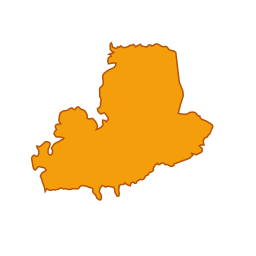 Correia Pinto, Santa Catarina, Brazil (Mercator projection), rotated 292°
{"feature_id": "56859067B60834920358023", "entity_name": "Correia Pinto", "entity_type": "district", "adm_level": 2, "iso_a3": "BRA", "parent_name": "Brazil", "parent_adm1": "Santa Catarina", "projection": "mercator", "projection_center": [-50.399, -27.603], "detail": "fine", "context": "isolated", "style": "filled", "palette": "amber", "viewbox_px": 256, "rotation_deg": 292, "n_neighbors": 0, "source": "geoboundaries", "source_scale": "gbopen_adm2", "svg_char_len": 4115}
<svg xmlns="http://www.w3.org/2000/svg" viewBox="0 0 256 256"><g transform="rotate(292 128 128)"><path d="M77.1,50.3L75.6,51.2L74.6,52.6L73.3,53.8L71.3,54.8L68.6,55.0L67.2,53.5L67.7,51.0L65.9,50.0L64.2,49.9L62.2,50.8L60.4,52.1L58.9,52.9L57.4,53.9L55.7,55.1L54.6,56.1L54.3,57.8L57.0,58.7L58.9,59.8L59.2,62.3L59.6,64.3L59.7,66.2L58.1,67.9L56.0,66.7L54.7,65.3L52.4,64.8L50.5,64.8L49.4,65.9L47.9,67.5L46.1,68.7L44.5,70.2L43.2,71.2L42.1,72.4L40.0,73.8L38.1,75.0L40.0,75.3L41.4,75.7L40.9,77.6L41.2,79.6L42.7,81.6L43.2,83.6L44.4,85.2L45.6,86.8L46.8,87.5L47.4,89.3L47.3,91.2L48.4,92.7L48.5,94.7L48.9,96.4L49.8,98.0L51.3,99.9L52.0,102.5L53.1,104.7L55.2,105.3L56.8,106.1L57.6,107.5L58.2,109.8L58.5,112.6L58.4,114.7L58.9,116.4L58.5,118.1L56.4,118.9L54.8,120.2L53.9,122.6L52.9,124.0L51.4,125.3L50.6,127.8L51.0,129.4L52.4,129.7L54.0,129.2L55.8,128.2L57.0,126.6L58.0,125.4L59.8,124.9L61.8,124.7L65.0,125.5L65.1,127.7L64.7,129.3L65.8,130.3L66.8,131.9L67.1,134.4L67.6,137.2L66.5,138.3L64.9,139.3L63.3,140.1L62.1,141.9L60.6,143.5L61.6,144.9L63.6,144.6L65.6,143.4L67.5,142.3L69.2,142.2L71.3,141.3L73.2,143.0L74.1,145.2L76.0,145.7L75.2,147.6L75.1,149.5L75.1,151.6L76.7,151.7L78.2,151.3L79.7,152.9L79.2,154.6L79.7,156.1L81.8,156.3L83.2,157.2L84.8,158.4L85.4,160.7L86.9,161.9L88.4,162.1L90.2,162.3L92.0,164.2L93.8,164.2L95.3,165.2L96.7,166.8L98.7,167.4L99.9,166.4L101.9,166.8L104.0,167.2L106.2,168.4L105.3,170.0L106.5,171.4L108.1,172.5L109.0,173.9L107.8,176.2L108.9,177.9L108.6,180.1L108.4,181.7L109.0,183.2L110.4,184.6L111.9,184.2L123.1,196.5L125.5,197.4L126.8,198.3L128.4,196.7L128.6,199.4L128.8,201.5L130.2,202.7L131.7,203.8L132.9,205.0L134.5,205.4L136.8,204.4L137.5,202.3L138.1,200.9L139.5,201.6L140.0,203.2L140.8,204.9L143.1,203.1L145.1,202.4L146.5,202.8L148.0,203.2L149.4,204.9L151.7,205.1L153.0,206.0L161.3,206.1L162.4,204.9L163.1,202.2L163.4,200.1L163.8,197.3L163.7,194.8L163.8,192.8L164.4,191.2L165.9,190.2L165.6,187.8L166.6,186.5L167.4,184.8L167.3,183.1L166.7,181.4L165.4,179.2L164.2,178.4L163.0,177.5L162.2,175.7L161.5,173.9L160.8,172.0L160.5,169.1L169.5,167.8L178.4,167.2L182.5,165.2L190.0,158.2L211.4,146.5L216.1,143.9L216.6,141.8L216.3,139.7L215.8,137.0L217.1,134.9L217.9,133.4L217.5,131.9L216.3,129.7L216.7,126.7L216.9,124.8L216.7,123.0L215.8,121.7L214.3,120.8L212.9,119.5L213.5,117.7L212.5,115.9L210.5,115.4L209.7,113.5L209.6,111.8L209.0,110.1L210.3,108.2L208.1,106.1L206.1,104.7L207.0,103.3L207.6,101.8L206.0,100.5L205.3,98.6L203.3,97.5L201.9,95.5L200.8,94.0L201.0,92.3L201.4,90.3L199.7,89.9L199.3,87.9L197.5,87.7L197.1,85.8L197.3,83.3L199.3,82.0L200.6,80.5L198.9,80.1L197.2,80.8L195.9,81.4L194.4,82.0L193.2,83.9L192.7,86.5L191.5,85.7L190.7,84.0L189.1,82.8L189.4,84.6L188.2,85.6L186.6,84.0L184.9,83.5L182.1,84.4L180.2,85.8L181.1,87.3L182.3,89.3L183.2,90.7L183.5,92.7L181.1,93.1L179.0,92.5L177.3,91.0L175.5,89.2L174.0,88.0L172.5,86.9L171.1,86.1L169.8,85.5L168.4,85.0L166.9,85.1L165.0,85.8L163.3,86.8L161.5,87.7L159.4,88.5L157.1,88.2L154.8,86.9L152.8,87.2L151.0,88.3L149.3,88.9L147.7,89.5L146.4,90.2L145.1,91.8L143.6,92.7L141.4,93.0L139.3,93.8L137.5,94.3L135.9,93.5L134.6,92.4L132.7,93.5L131.4,95.5L130.8,97.7L132.3,99.1L133.2,100.5L132.4,102.3L131.1,104.1L130.3,105.5L129.0,106.4L127.4,106.1L125.8,105.7L126.4,103.7L125.8,101.6L123.6,102.3L121.8,103.7L120.0,103.3L118.2,102.4L115.9,100.7L114.7,99.1L117.1,99.2L118.5,98.9L120.4,97.2L122.0,95.0L123.0,93.1L123.5,91.5L122.9,90.0L121.6,88.4L121.8,86.3L123.3,85.9L125.0,85.0L126.1,83.9L127.5,81.9L128.0,80.2L127.9,77.5L128.4,75.6L129.1,74.3L127.9,72.6L125.2,72.1L125.2,70.3L125.6,68.5L124.5,67.0L123.2,66.1L122.0,65.4L120.9,64.1L119.9,62.0L118.8,61.0L116.8,59.6L114.1,59.7L111.5,60.5L109.5,60.9L108.1,61.9L106.9,64.1L105.8,62.9L105.2,61.2L103.5,59.8L101.4,60.4L99.8,62.3L97.3,61.4L94.9,61.5L93.8,63.2L92.9,64.6L93.4,66.2L94.3,68.9L94.7,72.2L93.1,72.1L91.9,70.4L90.2,69.6L88.6,68.0L87.1,66.7L85.7,65.7L84.0,65.2L82.4,64.9L80.5,64.6L78.9,66.4L77.4,67.0L75.6,67.3L73.9,66.4L73.8,64.6L75.1,63.1L77.4,62.3L79.0,62.0L80.8,62.1L82.4,62.0L83.9,61.8L85.0,61.0L85.2,58.6L84.2,56.5L82.1,55.5L79.5,54.3L77.6,53.0L77.1,50.3Z" fill="#f59e0b" stroke="#b45309" stroke-width="1.5"/></g></svg>